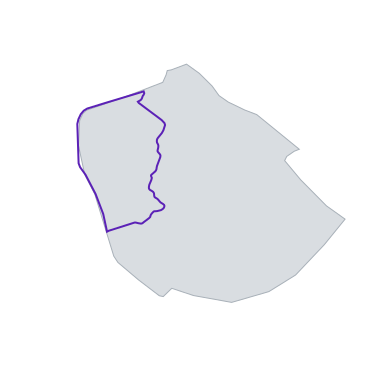 Hhohho on a map of eSwatini (orthographic projection), rotated 310°
{"feature_id": "SWZ-534", "entity_name": "Hhohho", "entity_type": "District", "adm_level": 1, "iso_a3": "SWZ", "parent_name": "eSwatini", "parent_adm1": "", "projection": "orthographic", "projection_center": [31.368, -26.096], "detail": "fine", "context": "in_parent", "style": "outline", "palette": "violet", "viewbox_px": 384, "rotation_deg": 310, "n_neighbors": 0, "source": "natural_earth", "source_scale": "10m", "svg_char_len": 1927}
<svg xmlns="http://www.w3.org/2000/svg" viewBox="0 0 384 384"><g transform="rotate(310 192 192)"><path d="M269.1,95.0L272.2,97.6L286.4,105.6L287.6,121.3L286.1,139.3L283.2,150.7L284.2,162.0L288.7,179.7L292.9,191.8L293.7,246.7L288.9,244.1L280.2,241.7L275.6,242.8L271.2,267.4L267.8,303.9L269.6,326.7L236.7,327.2L195.0,324.7L165.1,314.9L132.9,293.3L113.6,259.6L105.2,238.4L93.4,237.2L91.5,233.6L90.3,207.7L90.4,180.6L92.6,173.3L114.3,139.8L127.8,119.0L136.3,98.8L154.6,75.2L174.4,60.1L181.8,58.0L186.8,58.6L221.6,79.4L257.2,99.1L265.0,96.9L269.1,95.0Z" fill="#d9dde1" stroke="#a8b0b8" stroke-width="1"/><path d="M184.7,56.8L188.6,58.1L205.0,68.7L221.3,79.4L235.5,88.7L238.0,90.3L237.0,91.9L236.2,92.2L235.1,92.5L234.2,92.5L233.4,92.7L231.7,93.4L230.7,93.6L229.8,93.6L228.8,93.4L226.4,92.5L226.0,94.0L227.6,122.4L227.1,126.6L226.0,128.3L220.9,130.4L217.8,131.0L211.6,131.1L210.6,131.2L209.4,131.6L208.1,132.6L207.4,133.4L206.6,135.4L206.2,136.0L205.7,136.6L204.3,137.6L201.9,138.8L201.2,139.3L200.8,140.1L200.3,143.0L200.1,143.7L199.8,144.2L199.4,144.6L198.3,145.3L189.3,148.5L187.7,149.4L186.8,150.0L185.8,150.4L184.4,150.6L179.0,149.8L178.3,150.0L177.8,150.6L177.5,151.1L177.2,151.9L176.9,152.2L176.3,152.5L174.8,153.2L170.2,154.6L168.7,155.4L167.7,156.1L167.0,156.8L166.7,157.6L166.6,158.4L167.0,160.7L167.1,162.0L166.9,163.0L166.4,163.9L164.6,165.7L164.1,166.6L164.1,167.4L164.3,168.6L164.5,170.0L164.3,171.5L164.0,173.1L163.8,174.7L164.2,177.5L164.2,178.8L163.8,179.6L163.0,180.2L161.8,180.6L160.1,180.5L158.2,179.9L155.0,177.6L153.8,176.4L153.0,175.5L152.4,175.2L151.5,175.1L149.6,175.0L148.2,175.1L147.3,175.4L146.0,176.0L144.4,175.9L137.4,174.3L136.6,174.2L135.6,173.8L134.9,173.1L133.8,171.3L132.5,168.7L132.1,168.1L131.6,167.6L108.9,153.2L107.0,152.4L118.1,138.1L128.5,119.4L136.8,99.3L139.1,90.3L141.1,86.7L154.8,74.4L170.4,60.4L174.8,58.2L180.1,56.8L184.7,56.8Z" fill="none" stroke="#5b21b6" stroke-width="2"/></g></svg>